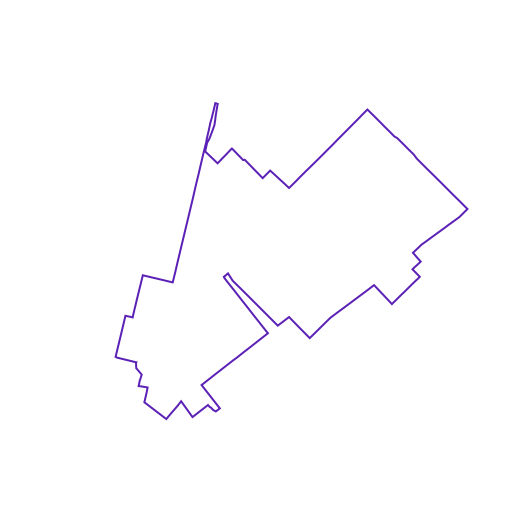 Movila, Ialomita, Romania (Mercator projection), rotated 223°
{"feature_id": "2599482B79833469589356", "entity_name": "Movila", "entity_type": "district", "adm_level": 2, "iso_a3": "ROU", "parent_name": "Romania", "parent_adm1": "Ialomita", "projection": "mercator", "projection_center": [27.715, 44.486], "detail": "fine", "context": "isolated", "style": "outline", "palette": "violet", "viewbox_px": 512, "rotation_deg": 223, "n_neighbors": 0, "source": "geoboundaries", "source_scale": "gbopen_adm2", "svg_char_len": 3067}
<svg xmlns="http://www.w3.org/2000/svg" viewBox="0 0 512 512"><g transform="rotate(223 256 256)"><path d="M390.0,340.0L389.0,338.4L387.4,335.4L386.3,333.6L385.7,332.6L385.2,331.6L384.2,329.7L382.8,327.3L382.2,326.2L381.6,325.0L380.6,323.0L379.8,321.5L378.7,319.8L377.0,316.9L376.2,315.6L373.4,310.7L371.7,307.8L370.1,305.4L366.9,299.6L363.6,293.7L361.6,290.2L360.9,289.0L358.9,285.5L357.0,282.2L354.7,278.2L352.6,274.5L350.1,270.0L347.7,265.8L346.3,263.4L344.8,260.8L342.1,256.2L340.7,253.7L330.1,235.0L319.7,216.6L308.6,197.0L304.6,190.1L298.9,179.9L310.9,173.1L325.6,164.7L314.0,143.9L305.5,128.9L304.3,127.0L306.8,125.6L310.7,123.2L300.3,104.9L289.9,86.5L289.3,86.8L288.5,86.8L271.2,96.5L271.2,96.3L267.3,92.5L267.1,92.3L258.7,91.3L256.4,86.6L256.4,86.2L253.1,80.8L250.1,83.0L245.6,85.9L242.6,81.1L239.5,75.7L237.9,72.9L237.7,72.9L210.4,75.6L210.7,80.6L210.8,82.6L210.9,86.2L211.0,88.7L211.2,93.4L211.4,95.6L211.7,98.7L192.6,94.9L192.5,95.4L189.6,113.5L189.5,114.3L186.7,114.0L185.8,114.4L182.9,114.2L182.5,114.1L179.4,114.9L179.3,115.2L178.5,119.9L207.8,124.5L205.2,141.3L203.3,153.2L201.4,165.1L201.3,165.3L200.6,169.2L200.0,173.2L199.6,176.0L197.8,187.2L196.2,197.4L194.6,207.6L213.7,210.5L232.8,213.5L233.0,213.5L248.8,216.0L257.6,217.3L264.3,218.4L264.3,218.5L264.5,218.8L264.9,218.9L265.3,219.0L264.9,221.6L264.6,224.2L260.4,223.1L256.1,222.0L244.0,221.7L231.8,221.3L212.2,220.6L192.6,219.9L191.4,226.9L190.2,233.9L175.5,233.2L160.7,232.6L160.1,246.8L159.5,261.0L159.4,262.0L157.8,270.9L155.3,284.3L152.3,300.9L151.0,308.1L149.8,315.2L141.6,314.7L133.5,314.2L128.7,313.9L123.8,313.5L123.8,315.2L123.6,318.1L123.3,326.7L123.0,331.3L122.6,342.0L122.3,347.3L122.0,350.8L122.0,352.5L128.4,352.8L132.5,353.0L132.4,355.4L132.2,357.8L132.1,358.6L131.7,364.2L137.6,364.8L143.4,365.4L142.8,374.8L142.7,377.1L141.6,382.5L140.3,389.5L138.5,398.7L137.4,404.4L136.4,410.1L134.5,419.5L133.8,423.3L133.8,423.5L133.4,434.6L136.7,434.7L137.8,434.7L142.2,434.9L144.5,435.0L149.7,435.1L156.7,435.3L158.9,435.4L161.0,435.5L179.0,436.1L191.1,436.4L197.1,436.6L202.3,436.8L204.0,436.8L204.5,436.9L205.2,437.0L205.7,437.0L206.4,437.2L207.8,437.4L208.6,437.6L209.7,437.8L212.6,437.9L217.7,438.0L221.9,438.2L225.1,438.3L228.3,438.4L230.9,438.5L233.1,438.5L233.5,438.5L235.3,438.0L236.0,437.9L236.4,437.8L236.9,437.8L238.7,437.9L243.6,438.1L250.9,438.3L254.8,438.5L260.4,438.7L266.0,438.9L271.0,439.0L273.6,439.1L274.4,439.1L274.7,430.8L274.7,428.4L274.8,424.7L274.9,421.8L275.3,409.6L275.5,402.7L275.7,396.6L275.8,390.5L275.9,387.8L276.1,382.2L276.5,370.4L276.7,365.9L276.9,361.3L277.2,355.5L277.4,351.9L277.4,351.7L277.4,351.2L277.4,350.5L277.6,345.9L277.7,342.8L277.8,337.9L278.2,328.3L299.0,328.2L303.9,328.1L304.2,317.5L329.9,318.7L330.8,317.4L346.8,318.2L347.0,318.1L347.1,308.1L347.2,304.5L347.3,297.6L364.5,297.8L368.8,305.2L369.1,305.9L369.6,308.3L370.3,310.6L373.5,318.4L375.7,323.4L378.1,326.9L378.7,327.8L379.4,328.7L380.4,330.1L380.8,330.6L383.0,333.9L385.7,337.9L387.7,341.1L387.9,341.0L389.9,340.1L390.0,340.0Z" fill="none" stroke="#5b21b6" stroke-width="2"/></g></svg>